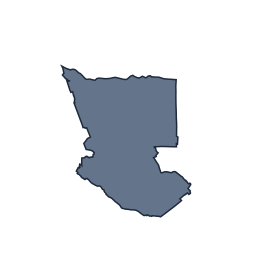 Cristesti, Suceava, Romania, rotated 137°
{"feature_id": "2599482B22632955196999", "entity_name": "Cristesti", "entity_type": "district", "adm_level": 2, "iso_a3": "ROU", "parent_name": "Romania", "parent_adm1": "Suceava", "projection": "mercator", "projection_center": [26.592, 47.273], "detail": "fine", "context": "isolated", "style": "filled", "palette": "slate", "viewbox_px": 256, "rotation_deg": 137, "n_neighbors": 0, "source": "geoboundaries", "source_scale": "gbopen_adm2", "svg_char_len": 5623}
<svg xmlns="http://www.w3.org/2000/svg" viewBox="0 0 256 256"><g transform="rotate(137 128 128)"><path d="M195.2,131.5L195.0,130.4L195.1,130.0L195.0,129.7L196.2,129.3L196.1,128.9L195.9,128.3L195.6,127.7L195.4,127.0L195.4,126.0L195.4,125.0L195.3,124.9L195.2,124.7L195.4,124.4L195.5,124.3L195.6,124.1L195.5,123.3L195.4,122.5L195.3,122.1L195.0,121.7L194.8,121.3L194.8,121.0L195.0,120.6L194.9,120.4L194.7,119.9L194.5,119.6L193.1,119.6L192.9,119.1L192.6,119.0L192.4,119.0L192.4,118.4L192.2,117.8L192.0,116.9L192.1,116.5L192.2,116.0L192.2,115.1L192.2,113.0L191.8,111.3L190.7,108.0L190.5,107.5L190.2,106.7L189.8,106.2L189.5,105.8L188.7,105.5L188.0,104.3L187.9,103.8L187.9,103.4L188.0,103.1L188.1,102.3L188.2,102.0L188.3,101.2L188.4,100.9L188.4,100.4L188.1,99.7L187.9,99.4L187.9,99.2L187.9,98.8L188.1,98.6L188.3,98.5L188.5,98.1L188.7,97.6L188.8,97.1L188.7,96.3L188.9,94.7L189.0,94.5L189.3,94.4L189.3,94.2L189.3,93.7L189.1,93.1L189.1,92.5L189.0,91.9L189.2,91.6L189.2,91.4L189.1,91.0L188.8,90.2L188.7,89.9L188.3,89.2L187.9,88.0L187.7,87.1L187.7,85.5L187.6,85.4L187.6,85.2L187.6,84.8L187.6,83.4L187.1,80.5L187.1,80.0L187.0,79.5L187.0,79.1L186.8,78.6L186.7,78.1L186.7,77.7L186.7,77.4L186.9,75.8L187.0,75.3L187.1,74.8L187.2,74.4L187.2,73.9L187.1,73.5L185.9,71.5L185.3,70.6L184.5,69.6L183.4,68.5L182.0,66.6L181.0,65.5L179.0,63.5L178.7,63.0L178.4,62.6L178.3,62.3L178.1,62.0L177.7,60.9L177.4,60.0L177.2,59.3L177.1,58.4L177.1,58.1L176.9,57.2L176.8,56.7L176.8,56.4L176.4,54.9L176.4,54.4L176.1,53.2L175.3,52.5L175.1,52.4L174.9,52.4L174.5,52.1L174.4,52.0L174.1,51.7L174.2,51.4L174.1,51.2L173.9,51.1L173.6,51.1L173.3,51.2L173.0,51.2L172.9,51.1L172.7,50.7L172.5,49.2L172.4,49.0L171.6,48.4L171.3,48.1L171.2,48.0L171.1,47.6L171.1,47.4L170.7,47.1L170.3,47.1L170.0,47.2L169.6,46.9L169.3,46.4L166.4,43.1L166.2,43.0L165.9,42.8L165.8,42.4L165.7,42.3L165.6,42.0L165.4,41.8L165.1,41.7L164.9,41.4L164.7,40.8L162.7,40.6L159.2,40.2L152.2,39.5L147.4,39.0L144.5,38.8L139.7,38.5L138.3,38.5L138.3,39.3L138.3,40.0L138.3,40.3L138.4,40.8L135.1,40.7L133.2,40.7L132.5,40.4L131.4,40.4L131.3,40.1L128.9,40.0L128.8,39.0L128.8,37.9L127.8,37.8L127.1,37.6L126.8,37.8L126.6,38.1L126.4,38.2L126.3,38.5L126.1,38.9L125.3,39.8L125.3,40.2L125.5,42.1L125.3,42.4L125.2,42.5L125.1,43.0L123.9,43.1L123.1,43.2L121.2,43.8L120.9,43.8L120.5,44.1L120.3,44.5L120.3,44.8L120.4,45.2L120.4,45.4L120.5,45.4L120.8,45.6L121.2,45.6L121.5,45.6L121.7,45.8L121.8,47.4L121.7,47.7L121.5,48.4L121.5,48.8L121.6,49.0L121.7,49.3L121.8,49.6L121.8,49.8L121.6,50.0L121.4,50.1L121.4,50.3L121.5,50.6L121.8,51.1L121.9,51.4L121.9,51.5L121.9,52.2L121.9,53.3L121.7,54.0L121.7,55.1L121.7,55.7L122.1,56.4L122.1,56.8L122.1,57.3L122.3,58.0L122.3,58.8L122.5,59.3L122.6,60.1L122.7,61.0L122.8,61.8L122.8,62.0L123.0,62.3L123.0,62.5L123.0,62.9L123.0,63.2L123.0,63.3L123.1,63.6L123.5,64.2L123.7,64.4L123.9,64.6L124.1,64.7L124.6,65.0L125.2,65.4L125.7,65.4L126.1,65.5L126.5,65.7L126.8,65.9L127.0,66.1L127.3,66.4L127.9,67.2L128.4,67.9L128.6,68.3L128.8,68.7L129.0,68.9L129.3,69.1L129.5,69.5L129.8,69.8L130.5,70.4L130.9,70.8L131.5,71.2L132.1,71.4L132.7,71.6L133.9,72.2L134.3,73.1L134.2,73.4L133.8,74.2L132.5,77.2L131.1,79.8L130.6,82.2L130.1,85.2L129.5,88.3L129.4,88.9L128.5,88.5L126.8,87.9L126.3,88.9L125.4,89.0L122.9,89.3L123.1,91.2L123.0,92.1L122.5,92.8L122.1,93.7L121.9,93.9L121.8,94.0L121.7,94.4L121.4,95.0L121.9,95.6L121.9,95.8L121.6,96.3L115.8,91.4L108.5,84.2L105.4,81.2L103.4,83.4L103.3,83.0L103.2,82.8L102.9,82.4L97.7,87.3L98.1,88.9L92.3,95.0L91.9,95.4L90.8,96.6L89.0,98.6L86.0,102.2L81.5,107.2L76.0,113.5L71.6,118.3L68.1,122.0L67.7,122.4L66.2,124.1L64.6,125.9L59.8,130.5L62.7,133.6L68.1,139.4L70.9,144.3L72.6,145.9L76.0,149.5L76.0,150.9L77.7,152.2L80.3,152.3L81.2,153.3L81.7,155.0L82.3,156.1L83.6,156.3L85.8,157.0L86.8,158.3L88.1,161.0L88.6,163.3L90.9,164.2L93.5,164.2L96.0,164.5L98.1,166.7L102.8,173.8L107.7,176.8L111.0,179.5L115.1,184.2L116.9,185.3L117.3,185.4L119.6,185.4L122.8,190.1L124.9,191.6L125.4,192.5L125.6,193.5L125.7,200.1L126.5,202.2L126.7,205.8L127.4,207.6L128.5,208.8L130.5,209.9L132.6,213.7L134.2,218.4L134.9,216.1L137.6,211.7L138.7,211.7L139.8,211.5L139.9,209.8L139.8,208.9L140.0,207.0L139.8,206.3L139.6,206.0L139.5,205.1L139.5,204.8L139.5,204.5L139.5,204.2L139.5,203.9L139.3,203.4L138.8,202.5L139.5,202.5L139.8,202.8L140.0,203.3L140.2,204.1L140.3,204.7L144.9,194.9L144.8,194.7L145.5,193.0L144.7,192.7L144.2,192.5L143.8,192.2L145.9,188.5L145.7,188.3L146.7,186.4L146.7,186.1L149.5,183.6L149.3,183.5L149.8,182.7L150.4,183.1L155.6,170.5L159.6,160.9L160.6,159.0L160.0,158.7L159.6,158.2L159.5,157.8L159.5,157.1L158.1,156.3L161.7,147.0L162.3,147.2L164.6,147.9L164.9,147.9L165.2,147.9L167.0,147.5L170.3,146.9L170.6,146.9L170.8,146.9L173.2,141.1L173.2,140.9L173.2,140.6L172.1,139.5L171.7,138.7L170.8,137.7L170.5,137.2L169.5,134.8L169.4,134.3L169.8,133.7L169.6,133.0L170.6,132.1L170.9,132.1L171.3,132.4L171.6,132.4L173.1,131.0L173.5,130.8L173.6,131.0L174.2,131.5L174.5,131.6L174.8,132.0L175.9,132.3L176.1,132.7L176.6,132.8L176.7,133.2L177.0,133.4L177.1,133.7L177.0,134.1L177.3,134.7L177.2,135.0L177.6,135.6L177.9,135.6L178.2,135.6L178.3,135.8L178.5,136.0L178.6,135.8L180.4,136.0L181.0,136.6L181.7,137.1L181.9,137.3L182.1,137.3L182.3,137.5L187.0,132.7L187.4,132.1L187.5,132.8L187.6,133.2L187.7,133.9L187.8,134.5L188.1,134.4L188.8,133.9L189.0,133.7L189.2,133.4L189.3,133.3L189.4,133.2L189.5,133.1L189.9,133.1L190.1,133.0L190.1,132.7L190.0,132.4L189.9,132.2L190.8,132.1L190.9,132.4L191.4,132.5L191.3,132.8L191.5,132.9L191.7,133.0L191.8,132.9L192.2,132.8L192.7,132.6L193.1,132.3L193.7,132.3L194.0,132.2L194.5,132.0L194.5,131.8L194.8,131.5L195.2,131.5Z" fill="#64748b" stroke="#1e293b" stroke-width="1.5"/></g></svg>